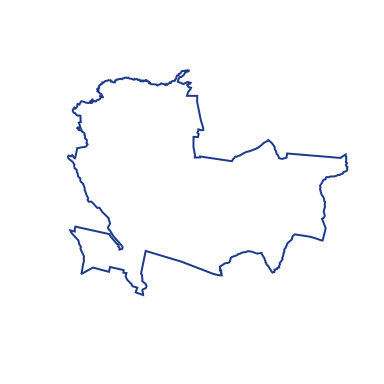 Bau Bang, Bình Dương, Vietnam, rotated 109°
{"feature_id": "81297802B44215588050468", "entity_name": "Bau Bang", "entity_type": "district", "adm_level": 2, "iso_a3": "VNM", "parent_name": "Vietnam", "parent_adm1": "Bình Dương", "projection": "natural_earth1", "projection_center": [106.592, 11.27], "detail": "fine", "context": "isolated", "style": "outline", "palette": "blue", "viewbox_px": 384, "rotation_deg": 109, "n_neighbors": 0, "source": "geoboundaries", "source_scale": "gbopen_adm2", "svg_char_len": 6016}
<svg xmlns="http://www.w3.org/2000/svg" viewBox="0 0 384 384"><g transform="rotate(109 192 192)"><path d="M305.8,270.2L295.7,261.0L294.5,244.5L289.6,245.1L288.1,231.2L290.6,230.6L290.0,227.6L293.1,227.4L295.0,225.8L296.2,224.5L298.9,219.0L300.5,217.6L300.2,212.6L305.2,212.6L305.3,204.7L303.6,205.4L301.4,206.9L300.8,207.0L300.0,206.6L298.1,204.6L297.3,204.3L295.6,204.4L294.9,204.9L293.9,206.3L292.4,210.1L290.8,210.4L286.3,212.6L285.9,213.6L262.8,216.6L261.3,179.1L262.5,145.4L262.0,139.5L261.1,136.8L260.1,137.8L259.1,137.6L258.6,138.4L257.4,138.5L256.4,139.4L256.9,140.0L256.2,140.2L256.0,140.5L254.7,140.7L253.5,141.4L248.7,137.6L247.6,135.4L246.4,133.8L245.1,133.5L242.1,133.9L240.6,133.3L237.1,128.8L235.5,127.9L234.7,126.4L233.0,125.0L231.5,122.0L229.7,119.7L228.9,115.6L229.1,110.7L227.0,106.3L228.0,105.7L231.3,101.7L232.7,100.9L233.6,99.9L234.7,99.6L235.2,98.6L236.4,97.7L237.1,95.9L241.5,90.6L242.0,89.7L241.3,89.1L240.9,88.1L239.9,88.1L238.8,88.7L238.7,88.4L238.2,88.2L237.0,86.4L235.9,86.6L235.5,85.8L235.1,85.7L234.9,85.0L234.1,85.5L233.1,85.6L232.2,85.2L231.4,85.7L230.4,85.9L228.2,85.0L226.0,84.5L225.1,85.2L221.9,85.0L220.8,85.5L219.4,85.2L218.8,85.6L218.2,85.4L216.1,86.0L214.1,85.3L209.2,85.0L204.3,82.1L202.7,82.5L201.3,82.4L200.5,82.2L198.6,81.0L195.9,66.1L195.6,61.6L195.6,53.3L195.3,52.7L183.2,53.7L182.5,54.0L175.0,60.3L173.7,59.1L171.4,58.7L170.8,58.9L168.1,60.8L166.5,61.3L162.7,61.4L161.8,62.1L158.1,62.9L157.9,63.6L155.0,65.3L153.5,66.8L152.3,68.7L150.5,69.8L149.6,70.6L148.5,71.0L147.8,71.8L145.4,72.1L144.6,72.9L144.3,73.0L140.7,72.0L138.5,71.9L137.3,71.3L136.7,69.9L134.5,70.0L134.2,69.7L133.3,67.3L132.2,66.1L131.0,62.7L129.5,60.5L128.5,59.7L127.9,57.9L126.9,57.3L125.6,55.5L123.8,55.3L122.3,53.1L121.5,52.6L120.2,52.5L119.1,53.1L117.8,53.1L117.1,54.7L116.4,55.3L114.2,54.8L113.9,55.8L113.3,56.4L111.1,56.6L109.9,57.4L108.6,57.4L107.8,58.5L106.5,58.9L110.9,62.4L111.4,62.5L124.6,114.6L128.9,113.8L131.4,117.7L131.6,120.7L129.4,122.5L128.4,124.5L126.4,125.5L124.7,127.5L122.2,128.8L119.6,132.7L118.0,136.9L119.3,137.4L122.2,140.1L124.5,141.3L127.5,143.1L127.8,143.6L129.2,144.3L129.5,145.1L130.6,145.8L131.3,147.0L132.8,148.5L135.3,151.7L136.1,153.2L138.4,155.7L142.0,158.7L142.6,159.8L143.9,161.1L144.4,162.5L145.1,162.9L146.3,163.1L147.3,163.8L149.9,164.3L155.8,195.9L156.7,195.7L158.5,200.6L156.2,201.2L148.9,205.3L139.4,208.5L138.1,204.3L135.1,204.5L134.2,206.2L131.8,205.9L130.7,206.3L130.6,203.5L129.6,201.5L127.5,202.5L120.8,207.3L104.9,216.6L99.4,218.3L102.7,228.1L99.0,228.2L95.0,226.9L93.7,226.9L94.0,229.3L92.4,231.4L91.3,230.7L90.4,229.2L89.3,228.8L89.3,231.5L89.6,232.2L92.7,235.3L92.4,241.3L91.1,241.6L87.5,241.2L86.5,239.3L83.7,237.8L81.4,237.4L80.5,236.6L78.9,234.5L78.2,234.6L78.5,236.3L79.3,236.8L79.3,237.9L80.0,238.5L80.8,240.6L81.3,241.1L83.6,241.5L84.8,243.0L86.0,242.7L86.8,244.1L87.4,244.3L89.9,243.9L91.2,244.6L92.4,244.4L93.0,245.5L93.3,246.5L94.4,247.3L95.9,247.5L96.0,247.9L95.7,248.7L96.7,248.8L97.3,249.8L98.1,249.9L98.5,250.5L98.9,250.6L98.9,251.0L98.4,251.6L99.5,251.8L99.5,252.7L99.1,253.6L99.4,254.6L99.3,256.5L100.1,256.8L101.3,258.0L101.6,258.8L102.6,259.5L102.0,261.0L103.3,265.6L103.3,266.0L102.5,267.0L102.6,267.3L103.1,267.4L103.2,268.0L102.9,268.4L101.7,268.6L101.7,270.1L101.0,271.9L101.1,272.1L102.1,271.9L102.2,273.2L103.1,273.7L103.3,274.2L102.6,274.6L102.6,274.9L103.5,275.6L103.2,276.2L104.0,276.6L104.0,277.0L103.0,278.0L102.9,278.3L103.7,279.3L103.1,280.9L103.9,282.0L103.8,283.2L104.7,283.5L104.8,283.7L104.7,286.1L104.9,286.7L105.0,288.9L104.7,289.6L105.4,290.6L105.3,291.8L106.0,293.0L106.8,293.5L107.3,294.7L108.2,295.0L108.3,296.8L109.4,298.2L109.9,299.5L110.6,299.6L111.4,300.9L113.2,300.5L113.6,300.7L113.9,302.5L113.6,303.6L114.0,304.4L112.9,305.2L112.9,305.7L113.4,306.2L113.5,307.5L114.0,307.9L115.3,310.1L117.5,311.3L117.5,312.4L119.3,312.4L119.5,312.5L119.8,313.4L120.6,313.6L121.3,314.3L121.9,314.4L122.8,313.9L123.9,314.3L124.5,313.7L124.9,313.7L125.2,314.0L125.3,315.0L125.6,315.2L126.5,314.5L126.8,313.5L127.6,314.0L128.2,312.1L129.0,311.0L128.9,309.7L130.4,308.4L130.9,307.5L131.4,307.2L131.6,307.8L131.0,309.0L131.3,310.1L131.6,310.0L132.1,309.2L133.5,309.1L135.3,310.4L135.5,311.1L136.4,311.9L137.7,312.4L137.7,313.8L138.3,314.2L137.1,316.4L138.3,316.5L139.3,317.8L139.9,317.7L140.1,316.9L139.9,315.7L140.4,315.7L142.0,320.7L141.9,325.1L142.2,326.1L142.8,326.5L146.0,326.9L146.1,327.6L145.8,328.6L146.1,328.9L149.2,328.5L150.3,329.2L151.2,329.3L151.3,329.8L150.6,330.8L151.8,330.9L152.5,331.4L153.0,331.5L154.1,331.2L155.6,329.7L155.5,328.3L156.9,326.1L156.9,324.4L156.3,323.5L156.2,322.3L160.6,320.6L161.8,319.8L163.2,321.6L167.7,318.2L167.9,320.5L168.5,321.3L168.9,321.4L169.6,320.0L169.8,318.9L170.3,318.8L169.6,316.4L170.2,316.2L170.6,315.6L171.3,313.3L171.9,312.5L173.3,312.2L174.0,311.2L175.6,311.0L176.3,310.4L176.7,308.8L177.1,308.5L177.9,308.0L180.2,307.6L180.9,306.2L183.3,306.9L184.6,308.4L185.4,310.5L187.4,313.6L187.8,314.8L197.2,313.6L198.2,313.7L197.9,315.0L196.4,316.6L196.1,317.3L197.6,318.0L197.8,320.6L199.2,320.7L200.0,320.2L200.7,319.2L202.3,314.9L204.3,312.1L205.3,312.1L207.9,310.6L208.3,308.6L208.6,308.2L210.6,307.5L211.7,306.1L213.8,305.1L214.8,304.1L215.1,303.4L215.1,302.7L215.8,301.9L217.7,301.3L218.6,300.3L219.0,298.8L219.7,297.7L222.3,295.5L223.5,294.6L225.4,294.0L226.2,293.0L227.3,292.4L227.6,291.8L229.0,291.0L231.7,288.1L233.4,288.1L234.5,287.0L234.8,286.6L234.7,286.0L234.1,285.0L233.9,283.8L237.6,276.9L237.8,276.0L237.1,274.9L237.2,274.1L240.0,270.5L243.9,262.2L245.0,261.9L248.2,259.3L250.2,259.4L252.5,259.9L253.6,259.6L254.6,258.4L254.9,257.3L259.2,252.2L265.5,241.1L266.7,239.7L268.5,239.5L270.1,241.8L268.4,242.4L267.9,243.1L267.6,244.0L266.7,244.0L265.9,244.5L265.5,246.2L260.6,254.4L259.9,255.3L258.7,256.2L262.7,291.0L264.5,290.9L267.5,290.0L267.9,294.6L269.6,293.0L270.9,290.9L274.7,283.7L278.0,281.7L280.0,279.2L281.7,279.1L283.0,278.1L288.0,273.1L290.5,272.7L292.1,271.7L296.0,271.4L305.1,269.9L305.8,270.2Z" fill="none" stroke="#1e3a8a" stroke-width="2"/></g></svg>